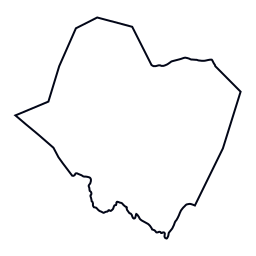 La Union, Lempira, Honduras (Natural Earth projection)
{"feature_id": "27666195B27008229241101", "entity_name": "La Union", "entity_type": "district", "adm_level": 2, "iso_a3": "HND", "parent_name": "Honduras", "parent_adm1": "Lempira", "projection": "natural_earth1", "projection_center": [-88.424, 14.805], "detail": "fine", "context": "isolated", "style": "outline", "palette": "ink", "viewbox_px": 256, "rotation_deg": 0, "n_neighbors": 0, "source": "geoboundaries", "source_scale": "gbopen_adm2", "svg_char_len": 5569}
<svg xmlns="http://www.w3.org/2000/svg" viewBox="0 0 256 256"><path d="M126.6,208.2L126.6,208.3L126.7,208.7L126.9,209.3L127.0,209.7L127.2,210.1L128.0,211.2L129.0,212.6L129.3,213.0L129.5,213.2L129.7,213.3L129.9,213.4L130.3,213.4L130.5,213.5L130.9,213.8L131.2,214.2L131.6,214.7L131.9,215.2L132.0,215.7L132.3,216.5L132.5,216.9L132.6,217.2L132.8,217.5L133.0,217.9L133.2,218.1L133.4,218.2L133.6,218.4L133.8,218.4L134.0,218.5L134.2,218.4L134.4,218.4L134.7,218.3L134.9,218.1L135.0,218.0L135.1,217.9L135.2,217.7L135.4,217.1L135.6,216.3L135.9,215.1L136.0,214.5L136.2,214.2L136.3,214.0L136.5,214.1L136.8,214.3L137.2,214.7L137.5,215.0L138.7,216.7L139.0,217.2L139.4,218.0L139.6,218.5L139.8,218.8L140.1,219.1L140.4,219.4L140.6,219.6L141.1,220.0L141.6,220.4L147.6,223.7L148.1,224.0L148.5,224.3L149.0,224.8L149.5,225.3L150.0,225.8L150.3,226.3L151.1,227.4L151.5,228.1L151.8,228.5L152.0,229.2L152.1,229.4L152.3,229.4L152.4,229.5L153.7,230.0L154.5,230.3L155.5,231.3L156.1,232.1L156.3,232.3L156.5,232.4L156.8,232.4L157.3,232.4L157.8,232.3L158.2,232.2L158.8,231.9L159.0,231.9L159.5,231.8L159.9,231.9L160.2,232.0L160.5,232.1L160.7,232.3L160.8,232.5L160.9,232.8L161.0,232.9L161.2,233.0L161.6,233.0L161.9,233.0L162.1,232.9L162.3,232.8L162.9,232.5L163.0,232.4L163.5,232.4L163.8,232.4L164.1,232.5L164.3,232.7L164.5,232.9L164.6,233.0L164.7,233.3L164.8,233.5L164.8,234.0L164.7,234.3L164.7,234.7L164.6,235.5L164.5,236.1L164.5,236.4L164.6,236.7L164.7,237.1L164.8,237.3L164.9,237.6L165.2,237.9L165.6,238.1L165.9,238.3L166.3,238.4L166.6,238.5L166.8,238.4L167.0,238.3L167.2,238.0L167.5,237.5L167.9,236.6L168.2,236.0L168.3,235.5L168.5,234.5L168.6,233.9L168.7,233.2L168.8,232.9L168.9,232.7L170.1,231.2L171.7,229.2L172.0,228.8L172.3,228.4L173.2,226.5L173.9,225.1L174.2,224.2L174.7,222.8L175.0,222.0L175.3,221.6L175.5,221.2L175.7,220.9L176.1,220.5L176.4,220.1L176.7,219.7L177.1,218.9L177.7,217.9L178.4,216.4L178.8,215.6L179.2,214.6L179.9,212.8L180.2,212.2L180.5,211.5L180.9,210.7L181.4,209.9L181.9,209.3L182.4,208.6L183.5,207.3L184.4,206.5L185.5,205.3L186.0,204.9L186.2,204.7L186.5,204.5L186.9,204.4L187.8,204.2L188.8,204.0L189.7,203.9L190.1,203.9L190.4,204.0L190.8,204.0L192.9,204.7L194.9,205.5L222.9,148.4L240.6,91.7L215.3,66.2L215.0,65.3L214.9,64.9L214.7,64.6L214.4,64.2L213.9,63.5L213.8,63.2L213.5,62.8L212.9,61.5L212.5,60.8L212.2,60.2L211.9,59.9L211.7,59.7L211.4,59.7L211.1,59.7L209.9,59.7L208.2,60.0L206.4,60.4L205.0,60.7L203.9,60.8L203.4,60.8L201.8,60.8L200.2,60.6L199.1,60.5L198.4,60.4L197.8,60.2L196.9,59.9L196.3,59.8L195.6,59.8L194.3,59.7L193.0,59.6L191.8,59.5L191.2,59.5L190.9,59.4L190.5,59.3L189.5,58.8L188.8,58.5L188.3,58.4L187.5,58.1L186.4,57.9L186.0,57.8L185.5,57.7L185.0,57.7L184.3,57.8L183.6,58.0L182.4,58.4L181.3,58.8L179.2,59.4L173.4,60.9L171.6,61.4L171.2,61.6L170.3,62.3L169.6,62.8L168.0,63.9L167.5,64.2L167.2,64.4L166.3,64.8L165.4,65.2L164.3,65.6L163.6,65.8L163.0,65.9L162.6,65.9L162.1,65.9L161.5,65.9L161.2,65.8L161.0,65.7L160.5,65.5L160.3,65.4L160.1,65.3L159.8,65.3L159.1,65.3L158.3,65.4L157.6,65.6L156.2,66.0L155.7,66.1L155.3,66.1L154.3,66.1L153.7,66.1L153.4,66.1L153.2,66.0L152.8,65.8L152.5,65.6L152.1,65.4L151.5,65.0L132.2,26.8L97.2,17.5L75.9,28.3L59.2,66.2L48.4,101.6L15.4,115.4L26.0,124.4L38.3,134.6L53.5,147.8L58.5,157.3L62.8,163.3L72.2,175.7L73.5,175.8L73.7,175.7L74.0,175.5L74.4,175.3L74.8,174.9L74.9,174.7L75.0,174.5L75.1,174.4L75.2,174.1L75.3,173.9L75.4,173.7L75.5,173.6L75.8,173.4L76.1,173.3L76.5,173.3L76.8,173.3L77.1,173.4L77.4,173.5L78.4,174.0L78.7,174.1L80.6,174.9L81.4,175.2L81.9,175.5L82.8,176.1L83.3,176.4L83.8,176.5L84.3,176.6L84.6,176.6L85.7,176.6L86.5,176.7L87.6,176.9L88.7,177.2L89.1,177.3L89.5,177.5L89.9,177.7L90.1,177.9L90.3,178.1L90.5,178.5L90.7,178.8L90.8,179.1L90.9,179.5L90.9,180.0L90.9,180.4L90.9,180.9L90.8,181.4L90.5,182.4L90.4,182.8L90.3,183.2L90.0,183.7L89.3,184.6L88.9,185.2L88.8,185.5L88.7,185.7L88.7,185.9L88.7,186.1L88.8,186.5L88.9,186.8L89.0,187.1L89.2,187.5L89.3,187.9L89.4,188.3L89.4,189.0L89.5,189.5L89.6,190.2L89.7,190.8L89.8,190.9L89.9,191.0L90.1,191.2L90.4,191.4L90.9,191.9L91.1,192.3L91.2,192.6L91.3,192.8L91.3,193.1L91.4,193.5L91.4,193.8L91.3,194.2L91.2,194.5L91.1,194.8L90.9,194.9L90.7,195.1L90.5,195.3L90.5,195.5L90.5,196.0L90.5,196.3L90.6,196.7L90.9,197.4L91.2,198.6L91.4,199.5L91.6,200.7L91.7,201.1L91.7,201.3L91.8,201.4L92.0,201.5L92.3,201.7L92.5,202.0L92.6,202.3L92.8,202.9L92.9,203.3L93.0,203.7L93.0,204.0L92.9,204.7L92.9,205.0L93.0,205.4L93.1,205.8L93.2,206.2L93.4,206.5L93.7,206.9L93.9,207.2L94.0,207.2L94.5,207.3L95.6,207.6L95.9,207.6L96.2,207.8L96.4,208.0L97.0,208.5L97.3,208.9L98.0,209.7L98.6,210.2L99.0,210.6L99.4,210.8L99.8,211.1L100.1,211.2L100.3,211.3L100.7,211.4L100.9,211.5L102.1,212.1L102.8,212.5L103.5,212.8L104.0,212.7L104.9,212.2L105.9,211.8L106.2,211.7L106.6,211.7L106.8,211.7L107.2,211.6L107.5,211.4L107.8,211.2L108.1,211.0L108.3,210.8L108.4,210.4L108.6,210.3L108.8,210.2L109.1,210.2L109.6,210.5L110.2,210.8L110.5,210.9L110.8,210.9L111.2,210.6L112.0,210.0L112.7,209.3L112.9,209.1L113.0,208.9L113.2,208.5L113.5,207.7L113.7,207.0L114.1,206.1L114.4,205.5L114.5,205.4L115.0,205.2L115.4,205.1L115.7,205.1L115.9,205.0L116.0,205.0L116.2,204.5L116.3,204.0L116.4,203.6L116.4,203.1L116.4,202.9L116.4,202.7L116.5,202.5L116.7,202.2L116.9,201.9L117.1,201.8L117.5,201.8L118.6,202.1L119.1,202.3L119.8,202.6L120.2,202.7L120.9,202.8L121.3,203.0L121.7,203.1L122.0,203.3L122.2,203.5L122.4,203.7L122.6,203.9L122.9,204.3L123.2,204.7L123.8,205.2L124.5,205.9L125.2,206.4L125.7,206.8L126.0,206.9L126.4,206.9L126.5,207.0L126.8,207.4L126.8,207.5L126.8,207.9L126.7,208.0L126.6,208.2Z" fill="none" stroke="#020617" stroke-width="2"/></svg>